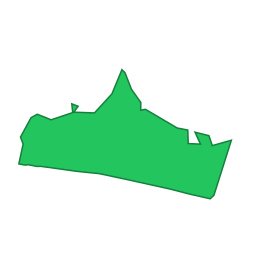 the district of Clay, Tennessee, United States of America, rotated 191°
{"feature_id": "52423323B34914884801854", "entity_name": "Clay", "entity_type": "district", "adm_level": 2, "iso_a3": "USA", "parent_name": "United States of America", "parent_adm1": "Tennessee", "projection": "equal_earth", "projection_center": [-85.51, 36.515], "detail": "fine", "context": "isolated", "style": "filled", "palette": "green", "viewbox_px": 256, "rotation_deg": 191, "n_neighbors": 0, "source": "geoboundaries", "source_scale": "gbopen_adm2", "svg_char_len": 633}
<svg xmlns="http://www.w3.org/2000/svg" viewBox="0 0 256 256"><g transform="rotate(191 128 128)"><path d="M24.2,135.7L41.9,126.8L47.1,135.9L61.4,136.7L53.8,126.0L65.9,124.2L68.9,137.4L79.8,137.4L114.5,149.7L118.9,147.9L120.3,155.5L132.0,166.7L141.5,181.7L145.1,184.1L150.3,158.4L163.8,136.4L184.2,133.2L181.1,139.8L187.8,141.0L185.2,132.6L205.0,121.4L219.7,124.2L225.1,119.7L231.8,98.6L227.9,92.2L228.3,71.9L222.9,71.9L220.8,72.2L219.2,72.9L210.0,72.9L206.4,73.7L169.9,75.7L167.5,75.9L147.8,77.7L123.8,77.3L123.6,77.3L75.9,76.1L55.4,74.9L33.8,74.2L30.8,78.4L24.2,135.7Z" fill="#22c55e" stroke="#15803d" stroke-width="1.5"/></g></svg>